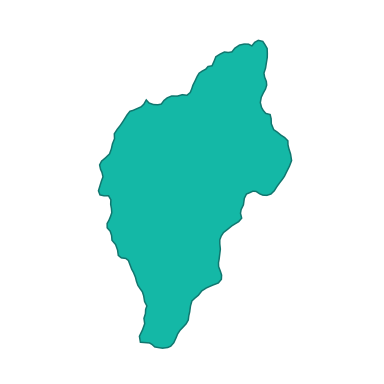 the district of Santa Helena de Minas, Minas Gerais, Brazil, rotated 7°
{"feature_id": "56859067B7306542028924", "entity_name": "Santa Helena de Minas", "entity_type": "district", "adm_level": 2, "iso_a3": "BRA", "parent_name": "Brazil", "parent_adm1": "Minas Gerais", "projection": "natural_earth1", "projection_center": [-40.656, -16.909], "detail": "fine", "context": "isolated", "style": "filled", "palette": "teal", "viewbox_px": 384, "rotation_deg": 7, "n_neighbors": 0, "source": "geoboundaries", "source_scale": "gbopen_adm2", "svg_char_len": 2389}
<svg xmlns="http://www.w3.org/2000/svg" viewBox="0 0 384 384"><g transform="rotate(7 192 192)"><path d="M249.1,40.4L246.4,36.8L243.9,33.9L239.3,33.4L236.0,35.8L233.6,39.7L230.1,38.4L225.7,38.8L221.2,40.4L217.0,44.0L214.5,48.1L211.0,49.1L207.1,49.1L203.2,51.6L199.2,54.8L198.0,59.5L196.5,64.3L192.6,65.5L190.7,68.4L187.3,70.8L184.6,73.2L183.1,76.5L181.4,81.7L179.9,85.9L179.2,89.6L178.1,93.5L175.2,96.6L170.5,96.6L165.8,98.6L160.1,99.2L155.9,101.6L153.0,104.6L150.8,108.5L147.4,109.6L143.0,109.9L138.5,108.9L135.4,106.2L133.5,110.7L131.2,113.6L127.2,116.0L123.5,118.2L120.6,119.4L118.2,123.3L116.2,127.6L114.6,131.0L112.7,134.7L110.2,138.8L107.8,143.7L108.6,148.6L107.2,153.8L106.7,159.1L105.5,164.3L101.8,168.8L98.5,172.3L97.0,176.4L98.5,180.7L100.3,183.6L101.8,187.8L100.7,192.5L100.0,196.5L99.0,202.2L101.0,206.1L105.2,206.5L109.6,205.9L112.4,209.6L112.8,214.2L114.1,218.4L114.9,222.3L114.1,226.2L113.0,230.2L111.6,233.6L112.2,237.9L115.6,240.9L117.5,245.0L118.5,249.7L122.6,253.5L125.2,258.7L126.6,264.0L129.9,266.0L134.4,266.0L137.2,267.7L139.3,271.7L141.5,275.9L143.8,279.1L146.3,283.6L147.7,287.3L149.7,291.3L152.4,294.4L154.9,297.1L156.7,301.0L158.3,306.5L161.1,310.6L160.3,314.2L160.6,318.5L159.7,323.2L161.1,328.5L159.7,334.7L157.4,341.6L159.1,347.4L163.8,347.2L168.2,347.0L171.0,348.2L173.9,350.3L177.7,350.5L181.8,350.6L186.9,349.3L189.7,347.6L192.3,343.8L194.0,338.5L195.0,334.7L196.9,330.8L199.9,326.8L202.2,323.6L203.9,319.5L203.9,315.2L204.3,311.4L204.4,305.1L205.2,300.1L207.7,297.1L210.9,293.7L213.8,288.9L217.9,285.5L221.2,283.5L224.3,281.7L229.2,279.1L231.8,275.1L231.5,270.9L229.9,267.4L227.5,262.8L226.9,259.0L227.1,255.3L227.1,250.4L227.1,245.3L225.9,240.1L225.4,236.1L226.4,232.0L228.2,228.4L232.1,224.5L235.7,220.7L238.8,218.2L241.9,215.8L244.5,211.9L242.7,207.2L242.9,203.4L244.6,198.5L244.7,191.9L246.3,187.4L249.6,185.5L252.3,183.8L255.5,183.6L259.5,185.6L262.8,186.5L266.7,186.2L270.6,184.4L273.5,180.8L275.6,176.3L277.8,172.3L279.9,168.8L281.8,165.2L283.5,160.3L285.5,154.7L287.0,148.7L285.2,142.3L282.8,137.0L281.5,133.4L280.9,129.5L277.4,126.7L273.1,124.6L269.4,122.2L265.5,120.2L262.4,114.6L261.6,109.6L260.1,105.6L255.6,105.0L252.8,102.4L250.7,99.6L248.9,94.9L249.2,89.5L250.7,85.0L252.4,80.8L253.1,76.8L252.3,73.2L250.1,69.2L248.9,65.2L249.9,60.1L250.1,54.1L250.3,49.3L249.9,45.4L249.1,40.4Z" fill="#14b8a6" stroke="#0f766e" stroke-width="1.5"/></g></svg>